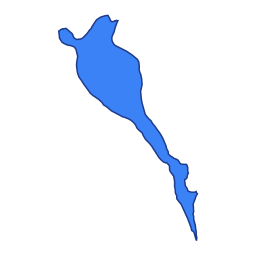 Al- Badari, Asyut, Egypt (Equal Earth projection)
{"feature_id": "37247803B32615858974663", "entity_name": "Al- Badari", "entity_type": "district", "adm_level": 2, "iso_a3": "EGY", "parent_name": "Egypt", "parent_adm1": "Asyut", "projection": "equal_earth", "projection_center": [31.445, 26.947], "detail": "fine", "context": "isolated", "style": "filled", "palette": "blue", "viewbox_px": 256, "rotation_deg": 0, "n_neighbors": 0, "source": "geoboundaries", "source_scale": "gbopen_adm2", "svg_char_len": 3045}
<svg xmlns="http://www.w3.org/2000/svg" viewBox="0 0 256 256"><path d="M117.9,20.7L117.6,20.7L117.2,20.6L116.7,20.5L115.9,20.5L115.6,20.9L114.8,20.8L113.9,21.5L113.3,21.5L112.7,21.6L111.9,21.7L110.7,20.9L110.1,19.5L109.7,18.6L109.3,17.8L108.8,16.9L108.5,16.4L108.2,15.7L107.8,15.4L105.9,15.6L103.9,16.1L101.3,16.9L100.3,17.3L98.7,18.4L97.4,19.2L96.1,20.4L91.5,27.4L91.5,28.2L90.8,28.9L89.5,30.1L88.9,31.0L88.6,31.5L87.9,32.4L87.0,33.7L86.1,34.6L84.7,36.0L84.0,36.7L83.6,37.1L83.2,37.5L81.4,38.8L80.2,39.0L76.4,39.5L75.7,39.0L74.3,38.1L73.6,37.0L73.3,36.6L72.9,35.1L72.5,34.4L72.0,33.5L66.1,28.4L63.5,28.8L63.2,28.8L62.9,28.8L62.9,29.1L61.9,29.1L60.9,29.5L59.9,30.3L59.6,30.7L58.7,31.1L59.2,34.6L59.5,38.2L61.9,42.1L63.4,43.2L67.0,44.9L69.3,45.4L71.1,45.7L74.3,47.0L76.0,49.4L76.9,53.2L77.7,56.4L76.8,61.7L76.5,65.1L77.1,70.4L77.6,73.3L79.1,77.3L81.4,80.4L83.8,84.2L87.4,89.1L90.2,93.0L92.8,95.4L97.1,98.3L98.6,99.3L102.1,102.6L103.6,104.9L106.2,106.5L109.3,109.0L111.5,110.9L117.6,114.1L122.6,116.8L124.6,117.3L128.6,118.9L130.9,120.2L133.6,122.5L134.4,123.5L135.0,124.1L135.8,125.5L136.8,127.6L136.9,127.9L138.2,129.4L140.0,131.1L141.9,132.7L142.3,133.0L142.7,134.4L143.7,136.3L145.1,138.6L145.4,139.2L146.1,140.0L148.6,142.5L149.7,143.6L150.5,144.7L151.7,146.1L153.5,149.1L155.5,152.1L159.0,157.6L161.1,159.9L161.2,160.0L161.3,160.1L163.7,162.1L165.9,162.9L166.8,162.8L168.7,164.9L169.5,166.0L169.5,167.4L169.6,169.9L170.4,171.8L172.1,174.0L172.7,174.9L173.7,176.2L174.1,178.6L174.6,181.3L174.6,183.7L174.6,186.5L175.1,189.0L175.3,189.9L175.3,191.2L175.3,192.2L175.8,194.1L176.7,195.4L176.7,197.1L176.9,198.9L177.7,200.0L179.5,202.2L179.5,202.3L181.1,204.2L183.0,208.3L187.1,217.3L187.5,218.1L190.9,227.1L191.7,230.4L193.0,231.3L194.0,232.3L195.5,237.8L196.1,239.6L196.5,240.6L196.8,237.7L196.2,234.6L196.2,231.8L195.6,228.3L195.3,225.2L194.3,221.6L193.7,219.3L193.7,216.5L193.0,213.8L193.4,212.6L193.7,211.4L193.4,208.3L193.4,206.3L193.1,204.8L193.7,202.4L194.7,200.1L196.0,196.2L197.4,193.8L196.4,192.7L196.1,191.5L194.8,192.2L193.6,192.2L193.1,192.2L191.5,192.2L189.9,191.8L187.9,191.0L187.6,189.8L187.0,188.3L185.4,185.9L185.1,183.6L184.7,181.6L184.7,179.6L185.4,179.2L186.1,178.9L187.0,177.7L187.4,175.0L188.4,173.0L187.7,171.4L187.7,169.9L187.7,167.5L187.1,165.5L186.4,164.4L185.1,164.4L183.8,164.3L182.2,164.3L180.6,163.9L179.6,162.7L178.3,160.4L176.4,159.2L174.1,158.4L172.5,157.2L170.6,156.0L169.6,155.2L169.2,154.8L168.3,154.0L168.3,152.1L168.0,151.3L166.7,148.9L166.1,146.2L164.5,142.3L162.8,138.3L160.9,134.8L159.3,132.4L157.1,129.5L156.7,128.9L155.1,126.5L152.5,123.4L150.9,120.6L149.0,119.0L147.3,117.1L145.2,114.3L142.9,106.1L142.0,102.8L141.3,98.9L140.6,91.3L142.1,84.6L141.6,78.6L140.7,74.2L140.0,72.9L139.1,69.7L139.3,66.8L138.8,62.1L137.5,59.5L132.3,55.1L126.5,51.2L123.9,49.9L119.6,47.7L118.7,47.2L117.7,46.8L114.8,45.2L113.5,43.6L112.6,42.0L111.9,40.1L111.9,36.9L112.6,35.4L112.9,34.2L113.3,33.8L114.2,31.5L114.9,28.7L115.6,26.4L116.2,24.8L116.9,22.9L117.9,20.7Z" fill="#3b82f6" stroke="#1e3a8a" stroke-width="1.5"/></svg>